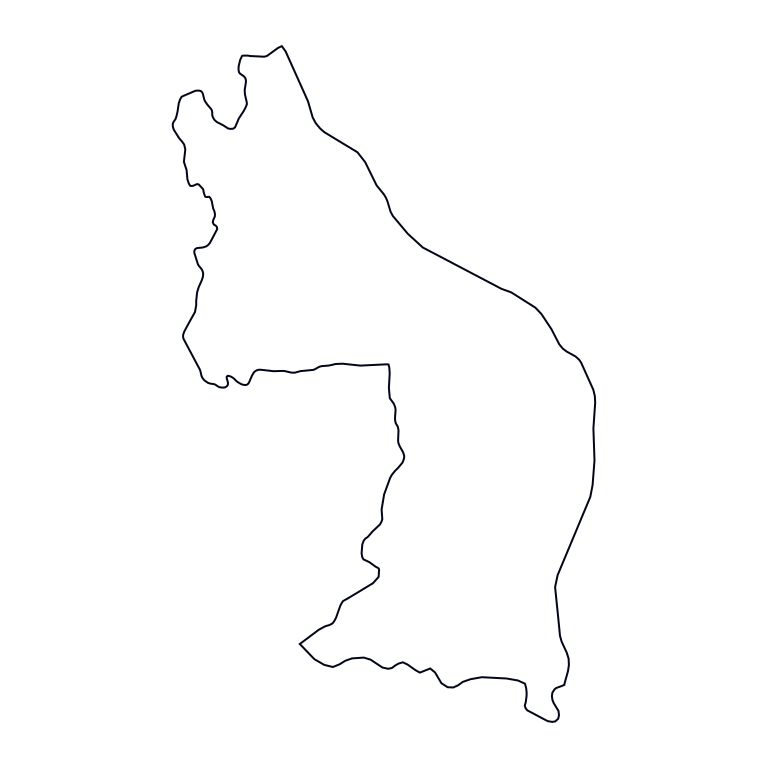 the border of Nakhon Phanom
{"feature_id": "THA-472", "entity_name": "Nakhon Phanom", "entity_type": "Province", "adm_level": 1, "iso_a3": "THA", "parent_name": "Thailand", "parent_adm1": "", "projection": "albers", "projection_center": [104.283, 17.384], "detail": "fine", "context": "isolated", "style": "outline", "palette": "ink", "viewbox_px": 768, "rotation_deg": 0, "n_neighbors": 0, "source": "natural_earth", "source_scale": "10m", "svg_char_len": 4206}
<svg xmlns="http://www.w3.org/2000/svg" viewBox="0 0 768 768"><path d="M281.8,46.1L285.6,51.4L308.0,101.3L312.7,117.5L315.7,123.1L319.8,128.1L321.6,129.8L324.5,132.3L357.5,152.3L365.2,162.2L376.6,185.4L384.0,194.5L386.0,197.9L387.4,201.2L390.6,211.8L392.8,215.9L407.9,233.9L422.8,247.5L501.6,288.9L511.1,292.3L535.3,307.6L541.4,314.0L551.4,329.1L559.3,344.4L562.9,348.7L566.9,351.7L575.6,356.5L579.3,359.9L581.2,362.8L593.3,389.7L594.8,396.0L595.2,402.5L593.4,428.5L594.5,460.4L592.6,485.0L590.3,496.9L557.6,575.2L555.1,587.1L558.3,618.5L560.0,635.9L561.7,641.8L566.8,652.8L568.6,658.6L568.9,665.0L568.0,671.1L564.6,683.3L564.3,684.9L564.2,684.9L562.0,685.9L556.0,688.1L554.5,689.4L552.4,692.6L551.9,696.0L552.4,699.8L553.7,703.1L558.5,711.0L559.0,715.3L558.2,718.7L555.3,721.4L552.2,721.9L547.6,721.1L527.2,710.3L525.5,708.0L524.8,705.5L525.8,702.0L526.6,695.6L526.6,692.3L526.2,688.4L525.0,683.7L518.0,680.5L506.6,678.5L481.9,677.2L470.5,679.2L462.8,681.9L458.1,685.3L453.2,687.5L447.6,687.2L441.4,683.2L435.0,672.4L430.2,668.5L419.9,672.6L415.7,670.3L407.5,664.5L402.8,662.3L398.5,663.6L395.2,665.5L391.9,668.0L388.2,668.8L382.4,667.5L370.5,659.6L363.7,657.6L352.0,658.4L345.2,660.8L339.4,664.4L332.9,667.0L324.3,664.9L314.4,659.2L299.8,644.0L318.7,629.8L325.6,626.1L329.3,625.1L332.5,623.4L334.2,621.2L336.1,617.6L340.3,605.7L342.0,602.6L343.0,601.1L349.0,597.7L373.1,583.1L378.6,576.9L379.1,570.3L378.9,568.8L378.1,568.0L375.5,566.6L369.4,562.2L363.4,559.3L362.2,557.0L361.6,553.3L362.3,544.5L363.6,540.9L365.4,538.5L366.9,537.6L368.2,536.5L372.6,531.4L380.1,524.3L381.5,521.7L382.3,519.1L381.6,509.5L384.1,494.5L390.1,478.0L391.8,474.9L395.0,470.9L397.9,468.1L402.5,462.6L403.8,459.3L404.2,457.0L404.2,455.9L403.1,452.3L399.7,446.3L398.3,442.7L398.1,440.4L398.5,430.4L398.1,428.0L397.6,426.3L395.8,423.3L395.2,421.0L395.0,418.2L395.6,409.8L395.2,407.3L393.9,403.9L392.9,402.4L389.8,398.2L388.9,387.8L389.7,373.4L389.3,367.6L388.5,364.5L387.0,364.3L360.4,365.6L342.6,363.7L336.0,364.0L334.0,364.3L332.2,364.9L328.4,365.6L321.8,366.1L319.8,366.6L318.1,367.4L314.8,369.3L313.2,369.9L300.6,371.1L295.0,372.6L292.9,372.7L290.8,372.5L284.9,371.1L282.7,370.9L273.6,371.2L260.3,369.7L258.5,369.8L256.6,370.4L255.1,371.3L253.8,372.5L252.0,375.6L248.9,382.8L247.9,384.0L246.5,384.9L244.9,385.0L243.3,384.8L242.2,384.5L240.8,383.9L237.7,382.1L236.1,380.8L234.4,379.0L232.8,377.7L231.1,376.7L229.5,376.1L227.8,375.8L226.8,376.6L226.7,378.0L227.1,379.7L227.7,381.5L228.0,383.2L227.8,385.0L226.8,386.3L225.3,387.3L223.4,387.6L221.2,387.5L219.3,387.1L217.5,386.2L216.1,385.1L214.6,384.3L213.1,384.0L210.8,383.7L208.2,383.0L204.4,380.4L202.6,378.2L201.5,375.9L200.6,371.9L199.9,369.7L183.5,338.8L183.1,337.0L183.1,335.0L183.7,333.2L184.3,331.5L189.3,322.2L195.0,312.0L196.2,305.3L196.2,301.0L197.1,292.4L198.7,287.2L201.9,280.0L203.0,276.4L203.2,273.4L202.7,271.6L202.0,269.8L201.0,268.4L198.8,265.8L197.9,264.2L194.3,252.8L194.4,250.7L195.2,249.1L196.7,248.2L198.5,247.9L202.8,247.5L206.4,246.3L208.1,245.0L209.9,243.0L217.2,229.1L216.9,227.0L215.7,225.6L213.9,224.6L212.8,222.5L213.2,220.1L214.8,216.6L215.0,214.3L214.4,211.3L213.1,208.2L211.8,201.4L210.6,198.4L209.2,196.8L207.7,197.0L206.3,197.0L205.1,196.5L204.0,193.3L203.2,189.7L203.1,189.2L198.9,184.6L197.6,184.1L196.2,184.4L193.4,185.7L191.9,186.0L190.2,185.8L188.8,183.5L187.4,179.3L186.6,170.2L183.9,161.8L185.3,149.5L184.2,144.6L182.3,141.9L179.2,138.3L173.9,129.9L172.8,126.5L172.8,123.8L173.4,122.2L175.6,118.9L176.5,116.1L177.5,111.8L178.8,103.1L180.2,99.2L181.6,96.8L183.2,96.0L195.1,90.9L197.0,90.6L199.1,90.6L200.9,91.1L202.2,92.3L202.9,93.9L204.3,99.7L205.1,101.3L207.0,104.2L211.5,109.5L212.0,111.0L212.3,112.8L212.2,114.7L212.6,116.5L213.4,118.2L214.3,119.7L215.6,121.0L217.0,122.1L223.2,125.3L228.0,128.4L230.1,128.9L233.2,128.7L235.0,127.4L235.8,125.6L238.8,118.5L243.6,111.2L245.7,107.3L246.9,104.1L246.7,102.0L244.9,94.2L244.7,89.9L246.0,81.6L245.8,79.7L245.2,77.9L244.2,76.6L242.8,75.5L241.4,74.6L239.9,73.5L238.9,72.0L238.5,69.4L238.7,66.0L240.2,59.9L242.0,56.0L242.3,55.8L244.0,55.6L247.6,55.6L249.3,55.8L249.7,56.0L263.9,56.7L265.5,56.4L266.5,56.1L267.2,55.8L277.9,48.0L281.8,46.1Z" fill="none" stroke="#020617" stroke-width="2"/></svg>